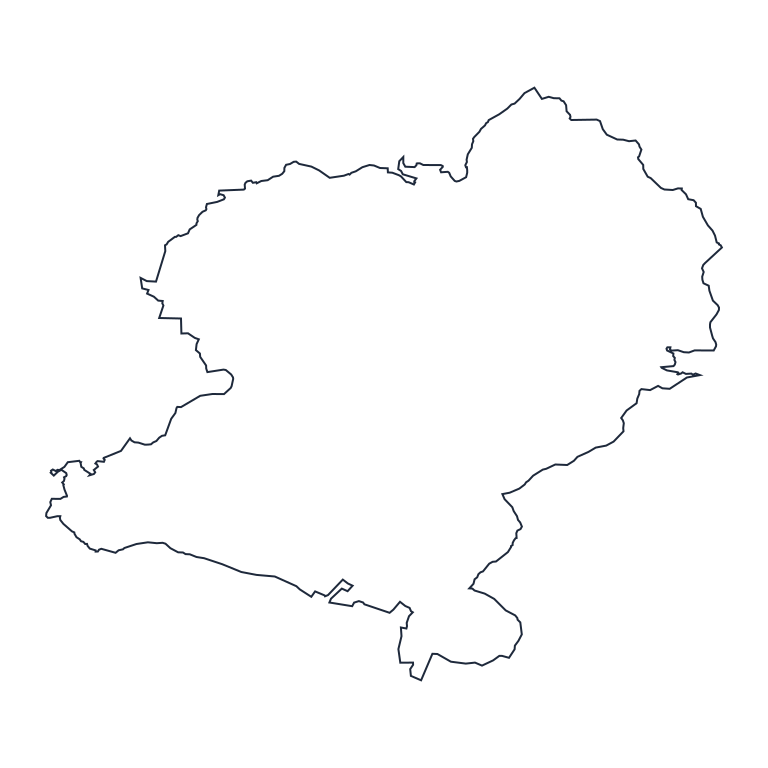 Creaca, Salaj, Romania (Robinson projection)
{"feature_id": "2599482B65302894831866", "entity_name": "Creaca", "entity_type": "district", "adm_level": 2, "iso_a3": "ROU", "parent_name": "Romania", "parent_adm1": "Salaj", "projection": "robinson", "projection_center": [23.215, 47.191], "detail": "fine", "context": "isolated", "style": "outline", "palette": "slate", "viewbox_px": 768, "rotation_deg": 0, "n_neighbors": 0, "source": "geoboundaries", "source_scale": "gbopen_adm2", "svg_char_len": 6050}
<svg xmlns="http://www.w3.org/2000/svg" viewBox="0 0 768 768"><path d="M410.9,675.9L421.1,680.3L432.4,653.8L437.4,654.0L450.9,661.7L465.8,663.6L475.0,662.6L482.0,665.6L493.1,660.4L499.3,655.9L502.1,655.9L509.0,657.8L514.6,649.3L514.9,645.6L518.4,640.9L521.8,634.4L520.3,622.4L517.6,619.7L517.3,618.0L515.2,615.4L505.7,610.4L494.2,598.9L484.7,593.6L474.5,590.5L472.4,588.6L469.3,588.4L473.5,583.8L474.6,579.3L477.2,577.3L478.4,574.2L480.5,572.3L483.0,571.4L489.2,563.7L492.6,561.8L496.0,561.5L507.9,552.1L511.0,547.1L511.0,546.1L512.6,545.1L512.7,542.9L514.0,540.3L515.6,538.2L516.6,538.0L516.3,533.2L517.4,530.6L520.5,529.1L521.9,526.6L520.2,522.5L518.0,519.9L517.0,516.2L513.7,511.1L512.3,507.2L504.6,499.2L502.4,494.1L509.7,492.7L519.3,488.6L524.7,484.5L526.1,482.3L528.5,480.7L533.1,475.7L542.8,469.6L546.2,468.8L555.3,464.5L567.2,465.0L573.9,460.8L577.5,456.8L588.5,451.9L595.7,447.6L606.2,445.6L613.6,441.6L623.5,431.3L623.2,428.1L623.8,423.2L622.9,420.4L621.2,418.0L626.6,410.5L636.6,403.2L637.3,398.6L639.2,394.1L639.5,390.9L641.4,389.1L650.1,390.1L658.1,385.9L662.4,388.3L669.7,388.8L686.9,377.5L699.9,375.1L695.6,373.5L692.9,374.7L691.4,373.6L685.9,373.9L682.6,372.3L681.1,373.5L678.0,374.5L677.4,374.2L678.3,372.7L677.9,372.3L666.9,370.4L661.7,367.8L661.3,367.2L673.5,366.1L674.8,364.6L675.5,362.1L674.4,359.9L674.8,357.9L673.2,356.1L673.4,353.5L667.1,350.5L666.5,348.7L667.4,347.3L670.4,347.3L670.0,349.4L671.4,350.6L677.9,350.2L683.8,352.2L688.9,352.5L694.6,350.4L713.7,350.5L716.0,346.3L716.2,344.6L715.5,342.1L713.0,338.4L712.2,335.8L710.0,327.5L710.0,324.4L710.4,322.2L716.5,314.4L718.9,310.0L719.0,307.6L717.7,305.2L712.9,300.6L709.4,290.7L708.7,285.7L703.5,283.3L702.4,279.8L702.2,276.7L703.7,272.0L702.0,268.3L703.3,264.9L705.1,263.0L721.9,247.5L720.7,245.3L718.9,244.4L719.0,243.5L716.7,242.4L715.0,235.6L712.5,230.6L707.9,225.4L702.9,216.8L700.7,208.9L696.0,206.2L695.9,202.7L693.6,200.2L688.2,199.2L686.0,194.3L681.6,190.0L681.8,188.5L677.9,188.4L672.8,190.0L664.4,189.5L660.9,187.9L650.7,178.1L647.7,176.7L643.3,169.0L643.2,164.9L638.3,159.1L638.0,157.3L639.1,156.4L641.4,149.6L639.5,146.6L639.0,144.4L635.6,140.5L629.0,141.2L623.2,139.7L617.2,139.5L606.8,134.7L602.8,129.2L600.0,121.1L596.7,119.6L571.3,120.0L569.7,118.5L570.5,116.9L570.0,114.8L566.6,111.3L566.1,105.2L563.6,101.3L561.4,100.6L559.5,98.3L553.8,98.2L548.7,96.8L541.9,98.9L534.4,87.7L524.5,93.1L519.6,98.9L514.6,103.6L511.4,104.5L507.3,108.6L499.2,114.3L488.7,120.1L487.9,122.1L486.1,123.2L485.0,125.4L481.0,128.9L479.4,131.8L474.3,137.0L473.0,138.8L473.3,141.2L472.0,144.3L471.8,147.8L467.8,154.3L466.6,159.7L466.9,162.0L465.3,165.2L466.0,167.3L466.9,167.2L467.2,170.3L467.2,172.8L466.1,177.2L459.3,180.9L456.4,181.5L454.7,180.9L450.7,176.4L449.2,172.8L447.8,171.8L441.1,172.3L440.1,169.8L442.8,166.8L442.7,166.0L440.9,165.1L423.3,165.0L419.9,163.3L417.6,163.3L416.7,163.5L416.4,165.2L414.6,167.1L405.3,166.7L403.3,163.1L403.3,157.0L399.3,161.2L398.2,169.1L401.1,171.0L402.8,174.3L416.4,178.4L414.3,181.2L414.2,182.0L415.1,182.4L413.9,184.5L408.6,182.2L406.3,182.1L401.0,176.4L398.9,175.2L392.3,172.7L387.9,172.4L387.7,168.3L380.0,168.0L374.0,165.5L369.5,165.0L362.4,167.2L355.8,171.3L351.4,172.8L349.6,174.6L348.5,174.0L343.9,175.7L329.7,177.8L319.1,170.4L311.4,166.6L299.1,163.9L296.2,161.6L293.7,161.8L290.0,164.0L286.1,164.8L284.4,167.9L284.3,171.2L282.2,173.8L279.0,175.8L273.1,176.7L267.7,180.2L261.3,181.0L256.7,183.3L256.2,182.2L252.9,182.8L251.1,180.6L247.3,181.3L245.5,182.8L244.7,184.6L245.0,188.6L243.8,189.6L219.2,190.6L218.3,195.2L220.1,194.2L223.6,195.2L224.9,197.6L223.9,199.3L217.2,201.9L206.9,204.0L206.0,207.3L206.4,209.1L205.8,210.3L202.5,211.8L199.1,215.1L197.5,217.9L197.3,219.7L197.8,221.1L196.5,223.3L196.4,224.9L189.7,229.4L188.0,233.3L180.6,236.1L178.3,235.2L176.1,236.9L174.8,236.9L168.2,241.8L166.6,244.4L165.0,245.3L165.3,251.1L156.0,281.6L146.8,281.1L140.6,277.9L142.2,288.4L148.5,290.0L147.1,293.6L153.9,296.7L158.2,300.6L162.7,301.0L162.3,303.3L163.4,305.5L159.2,318.0L181.0,318.5L181.4,333.5L188.0,333.3L194.8,337.9L198.8,339.3L196.6,344.1L195.9,350.1L199.9,353.5L200.2,356.9L206.1,365.5L206.2,368.5L207.4,372.1L223.5,369.6L225.8,370.0L231.2,374.5L233.0,377.4L233.2,378.9L231.6,386.2L230.7,388.0L224.0,394.1L212.4,394.0L200.2,395.8L181.0,407.1L177.3,406.9L176.5,408.1L175.4,413.0L171.2,418.8L165.2,435.3L162.0,435.8L159.2,437.7L156.4,441.0L153.2,442.4L151.0,444.3L147.9,444.6L144.9,444.7L138.4,442.6L134.5,442.3L131.4,440.5L130.0,438.3L121.0,450.9L103.7,457.9L103.5,458.5L104.7,459.9L103.9,461.8L97.6,461.1L96.7,461.7L95.4,463.5L97.0,464.4L98.0,466.6L93.8,470.0L95.2,472.3L93.9,474.0L89.5,475.3L90.6,473.9L84.3,469.9L83.8,468.4L81.3,466.8L80.6,463.0L81.0,462.2L80.1,462.1L79.3,460.8L67.8,462.2L64.4,466.9L59.4,470.1L57.6,469.8L55.7,471.0L52.8,469.5L51.0,470.7L51.4,472.0L50.7,472.7L53.8,475.6L57.9,471.7L61.4,469.8L66.2,473.1L66.7,475.0L66.2,476.1L64.0,477.3L64.5,478.7L63.9,481.0L62.2,482.5L63.8,484.4L63.3,485.0L64.5,489.6L67.0,495.8L66.9,496.5L63.6,496.9L60.4,498.9L51.8,498.8L50.3,502.1L51.0,505.3L46.4,513.0L46.1,516.1L47.8,517.8L50.0,517.8L57.3,516.2L60.3,516.2L59.9,517.8L60.3,520.0L63.4,523.9L72.0,531.4L74.3,532.4L74.5,533.8L76.5,537.2L79.7,539.3L81.0,541.2L83.4,541.9L85.2,544.0L87.0,543.9L87.6,545.9L89.8,548.6L95.6,550.4L95.6,551.6L97.9,551.5L99.0,549.7L101.3,548.8L115.6,552.8L118.6,550.3L123.0,549.3L124.4,548.0L136.5,544.0L147.9,542.3L156.8,543.2L162.6,542.8L165.5,543.7L170.4,548.2L178.1,552.3L183.0,552.5L185.5,554.1L189.8,554.3L196.5,557.0L204.1,558.2L222.2,564.2L241.3,572.0L256.5,574.9L274.8,576.5L296.4,586.2L299.8,589.4L311.3,596.8L315.1,591.4L324.6,595.4L325.0,596.3L328.0,595.1L342.8,579.6L347.9,583.5L352.6,585.7L347.6,591.2L341.8,588.6L331.0,598.7L329.4,602.5L352.2,606.2L354.1,602.6L358.9,601.1L363.1,602.5L364.4,604.3L389.6,612.8L393.4,609.6L400.0,601.8L405.3,606.0L409.6,607.9L411.0,611.2L412.8,612.3L409.0,616.2L406.7,622.9L407.0,626.1L406.4,628.5L400.9,627.5L401.5,636.2L398.4,649.1L400.3,662.7L413.0,662.6L413.1,664.8L410.2,669.1L410.9,675.9Z" fill="none" stroke="#1e293b" stroke-width="2"/></svg>